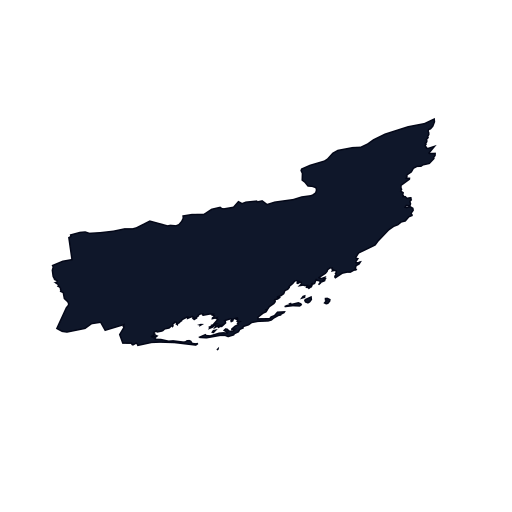 the district of Eyja- og Miklaholtshreppur, Vesturland, Iceland, rotated 342°
{"feature_id": "244011B92076156941754", "entity_name": "Eyja- og Miklaholtshreppur", "entity_type": "district", "adm_level": 2, "iso_a3": "ISL", "parent_name": "Iceland", "parent_adm1": "Vesturland", "projection": "natural_earth1", "projection_center": [-22.557, 64.849], "detail": "fine", "context": "isolated", "style": "filled", "palette": "ink", "viewbox_px": 512, "rotation_deg": 342, "n_neighbors": 0, "source": "geoboundaries", "source_scale": "gbopen_adm2", "svg_char_len": 6138}
<svg xmlns="http://www.w3.org/2000/svg" viewBox="0 0 512 512"><g transform="rotate(342 256 256)"><path d="M467.8,180.8L457.2,182.2L440.5,180.1L416.4,180.0L403.7,181.8L396.8,184.0L389.2,185.0L381.3,182.8L366.5,180.9L360.9,182.0L354.1,185.9L350.5,186.9L335.5,186.5L326.3,187.4L325.3,188.7L325.7,191.7L323.4,198.1L325.3,200.8L327.1,205.5L331.0,207.1L333.9,209.3L334.1,210.0L334.0,211.9L332.3,214.4L328.7,215.6L326.5,215.6L317.7,214.0L308.9,213.9L290.5,210.6L282.4,210.5L278.9,205.5L273.8,205.0L273.6,204.0L263.1,201.7L258.9,201.9L256.1,198.9L249.7,202.7L240.1,201.3L238.1,200.4L237.0,198.7L236.4,198.6L228.3,197.9L219.2,200.4L208.0,196.8L199.0,195.4L198.5,197.6L196.0,200.2L192.4,202.4L189.2,202.6L184.0,200.4L181.2,200.1L165.8,190.0L151.0,192.3L147.0,192.1L139.3,189.6L128.1,188.4L115.3,185.8L104.5,183.0L101.0,180.4L95.9,179.2L86.2,178.7L86.1,180.3L83.7,180.7L79.9,202.6L70.6,201.3L59.6,202.2L59.8,203.8L57.9,206.6L56.8,212.6L57.0,214.4L57.5,214.8L57.2,215.6L57.8,215.9L57.5,216.4L59.5,218.1L58.8,219.2L57.7,219.3L58.1,219.5L57.5,220.0L59.0,221.8L59.1,223.2L58.4,223.6L59.6,224.7L60.1,226.4L59.7,227.8L60.0,228.6L59.3,229.3L61.4,231.2L60.6,237.2L62.9,241.4L63.1,243.8L62.1,245.1L59.7,246.6L44.2,263.4L48.4,267.8L52.7,269.9L71.0,272.0L78.7,269.5L87.8,271.0L89.6,280.0L109.2,280.4L108.0,282.0L108.6,282.9L102.1,288.6L102.4,297.7L110.5,300.4L110.9,302.0L111.5,302.5L115.1,301.8L115.9,303.0L116.0,304.5L129.9,305.9L138.1,308.2L151.7,313.1L171.2,322.1L173.7,321.3L171.4,320.9L168.2,319.4L167.6,317.0L166.6,316.0L164.3,315.3L162.4,315.9L160.2,315.4L151.0,311.1L146.5,310.0L139.7,306.0L134.6,304.2L134.8,303.7L134.0,302.7L137.2,301.5L136.3,300.8L132.2,301.1L131.8,300.2L135.7,299.1L135.0,298.3L135.4,297.1L138.2,296.5L138.5,297.7L142.6,298.2L144.2,298.2L146.6,297.1L151.1,297.6L153.8,296.4L154.7,296.4L154.8,297.2L155.5,296.8L155.6,295.1L157.8,294.3L158.3,293.7L159.8,294.4L159.9,295.9L159.3,296.1L160.0,297.0L160.4,296.1L162.8,295.6L163.0,295.0L165.2,294.6L165.9,293.7L171.8,292.7L172.3,292.8L171.7,294.2L176.7,293.8L176.7,294.4L178.0,295.1L176.9,295.9L178.0,296.3L177.4,297.0L177.6,297.3L180.0,296.7L179.8,296.3L180.2,296.0L182.7,295.1L182.8,294.3L185.5,293.9L187.7,294.6L187.1,295.6L187.5,296.0L194.2,296.9L197.4,298.2L196.3,298.7L198.0,299.9L197.5,300.7L195.5,301.4L195.1,302.1L199.7,302.5L198.8,303.1L200.2,304.5L195.5,307.2L197.2,308.2L192.5,308.2L192.6,308.8L189.9,309.2L190.4,309.7L189.6,310.4L193.1,310.2L195.1,308.8L196.0,310.3L194.9,311.3L199.8,310.4L200.4,310.7L197.6,312.4L202.2,311.5L201.3,312.3L201.6,312.4L206.4,310.2L206.6,308.8L206.1,307.8L212.3,307.8L213.5,308.7L212.1,309.9L212.2,310.7L213.8,310.5L215.0,308.8L219.2,309.1L219.1,309.8L216.9,309.7L219.0,310.6L217.9,312.3L220.5,313.4L217.9,314.1L217.6,314.4L218.3,315.2L218.0,315.8L214.4,316.3L210.4,318.0L210.3,318.8L213.4,319.2L211.1,320.6L209.8,320.5L207.1,319.0L206.0,316.8L204.6,316.0L202.7,316.9L205.4,319.9L204.7,320.6L201.4,319.0L197.1,318.0L187.9,317.9L184.0,316.3L183.5,315.2L177.3,315.8L177.5,316.1L183.6,318.5L197.4,320.4L202.2,322.0L204.6,324.0L210.4,324.1L211.3,323.2L215.9,322.6L217.8,320.8L221.4,320.4L221.3,319.8L222.5,319.1L227.7,319.1L231.3,317.9L237.5,318.7L247.5,321.5L250.8,321.6L253.5,320.5L259.1,319.4L261.2,319.7L261.9,319.0L265.1,318.5L265.8,317.9L259.1,316.1L255.2,318.4L251.8,318.6L250.8,318.9L250.6,319.7L249.4,319.8L238.4,316.4L239.1,314.7L245.2,312.5L248.2,312.2L249.6,311.1L249.1,310.2L250.3,310.4L253.0,308.3L258.3,306.7L260.1,305.4L260.3,304.6L259.7,304.0L260.3,303.3L263.2,303.6L266.4,302.6L263.6,302.5L263.8,301.4L267.5,301.4L270.7,300.4L272.8,297.8L275.8,297.5L277.9,296.2L278.0,295.3L282.4,293.5L285.2,291.7L286.8,291.9L288.8,293.2L287.1,293.8L286.8,294.7L287.3,295.0L289.7,294.5L290.8,294.9L290.4,296.8L288.5,297.7L291.8,298.2L293.6,299.4L295.9,299.9L294.4,301.4L295.9,302.1L296.3,303.1L297.7,302.6L296.5,302.1L296.7,301.3L298.7,301.1L298.6,302.3L299.1,302.4L300.3,301.0L300.2,299.7L301.0,299.5L301.5,300.3L303.2,300.2L306.0,296.9L306.4,297.1L306.5,298.0L309.2,299.5L308.7,301.3L306.6,302.6L309.0,301.6L309.3,301.0L313.6,300.7L314.3,299.7L312.7,299.5L313.7,299.0L313.8,298.3L314.7,298.3L314.2,297.9L314.6,297.6L311.3,297.7L309.3,296.5L309.3,295.9L316.7,293.9L318.9,292.5L319.9,291.1L322.6,290.2L324.8,290.9L324.3,291.9L325.0,292.6L323.9,293.7L326.4,294.0L327.6,295.1L327.5,296.3L326.2,297.1L326.7,298.2L324.9,299.5L324.5,300.4L324.8,301.2L332.8,299.0L337.8,299.5L340.8,300.5L344.7,299.7L346.7,300.1L347.2,299.7L346.3,299.0L348.2,296.1L351.5,295.5L353.4,293.9L352.3,293.8L350.2,294.6L350.4,293.8L348.8,293.2L349.3,292.1L352.0,290.0L350.5,289.2L350.5,288.1L354.5,284.8L372.7,282.3L376.6,279.5L390.1,272.2L396.2,270.3L400.5,270.1L404.6,268.5L408.8,268.8L413.5,265.9L416.9,265.7L417.1,265.1L416.5,263.4L419.6,261.1L419.9,259.1L418.0,256.9L414.1,256.5L412.9,255.6L414.6,254.3L416.9,255.4L418.2,255.4L419.1,254.1L419.1,251.7L421.0,250.6L420.8,249.6L421.4,248.8L420.9,248.3L417.3,247.8L416.3,245.7L414.2,245.0L414.8,244.2L414.4,243.1L415.5,241.3L413.7,239.0L415.1,237.5L414.8,236.4L415.7,233.6L425.6,230.4L426.0,229.5L422.8,228.5L424.1,227.1L423.9,226.3L425.3,225.3L429.7,224.0L432.8,221.2L436.8,220.5L440.7,221.6L442.8,220.9L449.4,221.5L455.3,218.3L455.4,217.1L457.3,215.8L458.1,213.8L452.7,212.2L452.3,211.5L459.6,206.9L453.2,206.9L451.6,206.4L451.6,205.6L451.0,205.3L451.4,204.7L450.9,203.2L452.3,202.2L451.8,201.0L453.2,200.6L454.1,199.4L453.9,198.0L456.2,196.6L455.9,195.8L457.9,193.8L458.4,192.0L458.2,190.5L459.3,189.0L461.2,189.0L464.2,187.2L467.2,183.5L467.8,180.8ZM281.8,313.6L270.1,312.7L267.6,313.0L275.7,314.6L282.1,317.0L284.0,316.3L283.8,315.3L281.8,313.6ZM295.7,312.0L289.4,312.7L288.7,313.4L288.9,315.0L290.9,316.6L292.8,316.2L295.2,314.5L295.7,312.0ZM309.7,323.2L312.1,321.7L312.8,320.3L310.7,318.3L308.9,317.9L308.5,319.3L309.3,320.2L306.7,321.8L308.0,323.1L309.7,323.2ZM191.8,315.6L194.6,314.1L192.3,313.9L190.9,315.0L191.8,315.6ZM290.0,309.0L288.3,309.0L286.6,310.2L289.4,310.3L290.0,309.0ZM183.0,304.4L182.2,304.1L181.3,304.1L181.8,304.4L181.6,304.7L183.0,304.4ZM189.8,333.3L191.1,332.8L191.2,332.6L189.8,333.3ZM273.9,312.1L275.0,311.9L273.7,311.9L273.9,312.1Z" fill="#0f172a" stroke="#020617" stroke-width="1.5"/></g></svg>